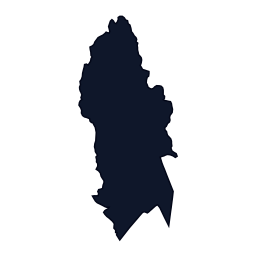 Indaial, Santa Catarina, Brazil, rotated 179°
{"feature_id": "56859067B42917214683646", "entity_name": "Indaial", "entity_type": "district", "adm_level": 2, "iso_a3": "BRA", "parent_name": "Brazil", "parent_adm1": "Santa Catarina", "projection": "equal_earth", "projection_center": [-49.223, -26.996], "detail": "fine", "context": "isolated", "style": "filled", "palette": "ink", "viewbox_px": 256, "rotation_deg": 179, "n_neighbors": 0, "source": "geoboundaries", "source_scale": "gbopen_adm2", "svg_char_len": 2927}
<svg xmlns="http://www.w3.org/2000/svg" viewBox="0 0 256 256"><g transform="rotate(179 128 128)"><path d="M131.7,239.7L134.2,239.8L135.9,238.7L135.8,236.7L136.8,234.3L138.1,232.6L139.7,233.2L140.7,235.3L142.2,236.6L143.7,235.2L144.7,232.4L145.6,229.8L145.0,227.3L144.5,224.9L145.2,223.3L146.8,223.6L148.2,224.2L149.5,222.8L151.6,221.2L154.0,220.1L156.3,218.9L157.9,216.8L159.6,214.6L160.6,212.1L162.4,210.6L164.6,209.6L164.3,206.9L163.8,204.5L163.7,201.3L162.6,199.7L163.7,198.1L164.2,195.5L165.3,193.7L166.8,191.6L168.4,192.6L170.3,192.2L170.7,189.7L171.3,187.7L172.4,183.5L172.7,180.2L173.8,177.2L175.2,175.5L174.7,172.1L175.7,169.8L175.6,167.7L175.1,165.9L174.3,164.3L173.5,162.0L174.5,159.1L173.6,157.3L175.2,156.1L176.1,154.4L176.6,151.7L174.9,149.0L174.0,146.4L174.3,143.8L173.2,141.3L171.4,139.9L169.2,139.3L166.2,138.0L165.8,135.5L164.5,134.2L163.0,133.8L161.9,131.5L160.7,129.3L160.2,126.5L159.8,124.0L160.0,121.3L160.2,118.8L160.4,115.8L161.4,112.8L161.8,109.7L161.2,107.4L161.0,104.9L159.8,102.8L158.9,101.3L160.5,99.6L159.9,96.7L160.1,94.7L158.9,93.0L158.9,90.3L160.5,87.3L158.2,85.8L156.4,83.5L155.7,80.3L154.2,77.7L152.9,75.8L153.0,73.5L153.9,71.3L154.5,67.9L156.5,67.3L158.4,66.9L159.3,64.9L158.5,63.3L159.0,60.8L161.2,60.7L162.9,60.8L164.7,60.6L163.5,58.4L161.8,55.5L160.0,53.8L157.6,52.6L155.9,51.7L154.2,50.8L152.3,49.7L150.6,49.1L148.4,49.1L149.6,47.4L151.1,46.7L152.5,45.8L153.8,44.1L152.7,42.3L150.7,40.0L148.3,38.1L146.5,36.4L145.0,35.0L143.3,32.5L143.6,30.4L143.8,28.1L142.1,26.2L142.2,23.7L140.7,23.2L141.3,21.4L138.2,16.2L128.3,28.4L126.7,30.2L125.1,32.0L120.1,37.6L118.4,39.6L115.1,43.2L113.5,44.0L111.9,43.6L110.2,42.8L108.8,43.7L107.3,45.1L105.8,46.3L104.1,47.8L102.0,49.6L99.9,50.8L97.6,48.0L96.7,46.1L93.2,38.4L91.1,34.0L89.0,29.6L88.5,32.9L86.8,44.4L86.4,46.7L84.8,57.6L84.0,63.8L85.1,66.7L90.2,80.2L92.3,86.0L93.5,89.0L94.8,92.6L96.4,98.3L94.4,99.1L92.7,99.5L90.8,100.4L89.1,100.9L86.2,100.5L83.3,99.3L81.2,97.8L79.4,98.9L80.3,101.5L82.5,102.8L84.5,104.3L85.5,107.5L84.5,109.2L84.8,111.8L84.8,114.1L85.5,116.4L87.3,118.5L88.6,119.9L89.2,121.8L89.6,123.8L91.0,125.3L91.3,127.7L89.7,129.1L88.4,131.8L86.5,133.3L85.9,135.2L86.3,137.7L85.8,139.9L84.6,141.4L83.6,142.8L83.2,146.0L83.9,149.3L84.2,151.7L85.1,153.6L86.8,153.9L89.2,154.5L90.8,154.8L92.3,155.7L91.1,157.0L90.9,159.1L92.3,160.6L92.2,163.3L92.2,165.5L92.7,167.7L94.2,169.2L95.9,169.6L98.6,169.8L100.5,168.7L101.9,167.2L103.9,166.5L105.4,167.1L107.2,168.3L108.2,171.2L109.0,172.8L108.7,175.8L107.9,178.5L106.5,179.5L106.1,182.0L106.1,184.1L107.9,184.7L110.1,185.5L112.5,186.3L113.6,188.5L114.7,190.2L113.7,192.9L113.2,195.8L113.5,197.8L114.4,199.2L116.2,201.2L116.6,203.6L117.1,205.8L117.1,208.5L117.4,210.3L116.8,212.7L118.5,214.0L117.8,216.5L118.5,218.3L120.2,220.0L121.6,222.6L122.9,224.2L123.4,227.6L124.3,230.9L126.0,232.2L126.6,235.3L128.5,236.0L129.8,238.2L131.7,239.7Z" fill="#0f172a" stroke="#020617" stroke-width="1.5"/></g></svg>